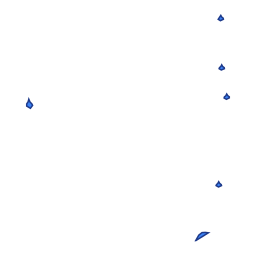 Alifu Dhaalu, orthographic projection
{"feature_id": "MDV-5232", "entity_name": "Alifu Dhaalu", "entity_type": "Atoll", "adm_level": 1, "iso_a3": "MDV", "parent_name": "Maldives", "parent_adm1": "", "projection": "orthographic", "projection_center": [72.869, 3.67], "detail": "coarse", "context": "isolated", "style": "filled", "palette": "blue", "viewbox_px": 256, "rotation_deg": 0, "n_neighbors": 0, "source": "natural_earth", "source_scale": "10m", "svg_char_len": 701}
<svg xmlns="http://www.w3.org/2000/svg" viewBox="0 0 256 256"><path d="M208.4,232.8L195.8,240.6L195.7,240.6L198.8,235.1L202.0,232.6L205.3,232.4L208.4,232.8ZM28.8,99.2L30.0,102.0L31.8,103.8L32.6,105.4L30.4,108.3L26.7,106.1L26.7,103.9L28.1,101.8L28.8,99.2ZM226.7,94.0L227.8,95.7L229.3,96.8L229.3,97.9L226.4,99.3L224.1,98.0L224.4,96.9L225.8,95.8L226.7,94.0ZM218.7,181.7L219.7,183.4L221.2,184.6L221.5,185.6L218.5,187.0L216.1,185.6L216.5,184.6L217.8,183.4L218.7,181.7ZM220.8,15.4L221.7,17.0L223.2,18.2L223.4,19.3L220.4,20.7L218.2,19.3L220.8,15.4ZM221.7,64.8L222.7,66.5L224.2,67.6L224.4,68.7L221.3,70.0L219.1,68.7L219.5,67.6L220.8,66.5L221.7,64.8Z" fill="#3b82f6" stroke="#1e3a8a" stroke-width="1.5"/></svg>